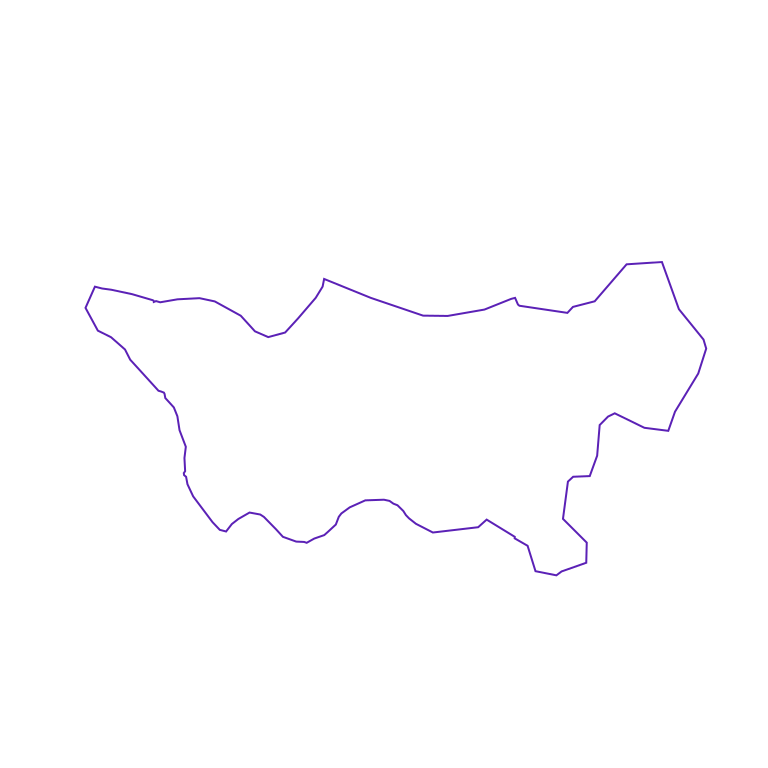 outline of Wushishi, Niger, Nigeria, rotated 12°
{"feature_id": "59680162B62313947241233", "entity_name": "Wushishi", "entity_type": "district", "adm_level": 2, "iso_a3": "NGA", "parent_name": "Nigeria", "parent_adm1": "Niger", "projection": "mercator", "projection_center": [5.918, 9.688], "detail": "fine", "context": "isolated", "style": "outline", "palette": "violet", "viewbox_px": 768, "rotation_deg": 12, "n_neighbors": 0, "source": "geoboundaries", "source_scale": "gbopen_adm2", "svg_char_len": 1516}
<svg xmlns="http://www.w3.org/2000/svg" viewBox="0 0 768 768"><g transform="rotate(12 384 384)"><path d="M357.0,544.2L359.8,540.4L366.1,531.5L367.4,523.3L369.2,519.5L376.1,511.8L389.9,501.7L408.0,497.2L413.7,497.2L418.1,499.1L422.4,499.8L429.3,504.2L432.7,507.7L436.4,510.2L444.3,514.1L462.7,519.1L505.9,504.5L512.6,495.3L543.7,506.3L543.9,507.8L558.1,512.4L571.1,535.6L592.4,535.3L596.7,530.4L619.0,516.8L615.3,497.0L587.1,478.7L584.2,441.2L588.3,435.4L604.4,431.3L607.4,409.8L603.5,379.3L609.9,369.3L615.8,364.7L647.8,372.7L671.8,370.7L674.4,350.6L689.2,308.4L691.8,282.4L687.3,274.1L656.9,249.5L630.5,206.9L596.4,216.5L572.9,259.3L552.8,269.3L548.6,276.3L500.2,279.3L498.8,278.6L498.2,278.0L494.3,272.5L490.7,274.3L466.8,290.3L432.1,304.2L408.0,309.0L353.2,302.5L303.6,293.7L303.7,301.5L299.3,313.9L286.3,337.7L276.6,354.2L261.0,362.2L246.8,359.3L229.7,347.0L201.3,338.4L185.7,338.4L164.4,344.1L148.1,350.6L143.8,350.3L141.8,351.6L141.6,350.9L141.3,350.4L140.3,350.1L118.9,348.5L97.6,348.5L88.4,349.2L81.0,348.9L76.2,371.6L93.0,391.3L107.3,395.0L123.5,404.1L130.7,413.0L149.1,426.2L164.8,437.5L167.5,437.7L170.5,438.2L171.4,439.3L173.0,443.2L183.3,450.6L188.6,458.5L193.6,471.7L203.2,486.6L204.2,497.9L207.6,510.6L206.7,512.8L207.4,514.7L209.7,515.9L212.6,522.9L220.7,533.6L245.0,554.8L253.7,560.8L260.2,561.1L264.3,552.6L269.6,546.3L279.2,537.7L290.1,537.4L294.2,539.0L308.5,548.5L316.9,554.5L330.9,556.4L338.7,555.1L341.4,555.4L347.9,549.7L357.0,544.2Z" fill="none" stroke="#5b21b6" stroke-width="2"/></g></svg>